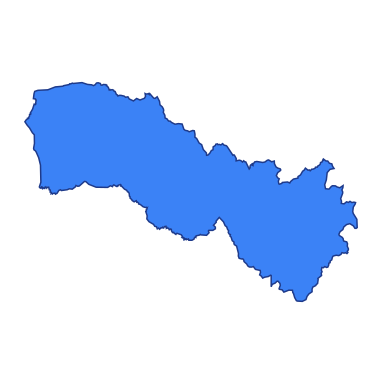 Tha Chang, Surat Thani, Thailand, rotated 177°
{"feature_id": "78962969B72176569689824", "entity_name": "Tha Chang", "entity_type": "district", "adm_level": 2, "iso_a3": "THA", "parent_name": "Thailand", "parent_adm1": "Surat Thani", "projection": "natural_earth1", "projection_center": [98.956, 9.358], "detail": "fine", "context": "isolated", "style": "filled", "palette": "blue", "viewbox_px": 384, "rotation_deg": 177, "n_neighbors": 0, "source": "geoboundaries", "source_scale": "gbopen_adm2", "svg_char_len": 6013}
<svg xmlns="http://www.w3.org/2000/svg" viewBox="0 0 384 384"><g transform="rotate(177 192 192)"><path d="M117.9,93.2L116.7,95.6L113.7,96.7L111.8,98.4L110.8,98.4L109.0,96.2L108.7,94.2L110.1,90.9L109.9,90.3L107.1,89.6L105.5,87.2L100.4,88.9L96.8,88.6L96.6,86.3L96.0,85.4L95.0,81.2L93.5,78.1L92.7,77.6L87.6,77.0L83.8,78.6L82.6,81.7L80.6,84.1L77.3,86.1L77.2,88.6L76.4,90.7L73.3,92.1L72.7,93.1L71.4,94.0L70.6,98.0L70.8,99.1L67.0,101.8L67.2,104.3L66.3,105.5L66.9,107.2L66.3,109.8L64.7,109.5L63.3,110.6L61.6,109.6L60.3,109.9L59.3,111.9L59.1,113.7L57.8,114.2L57.6,115.9L56.0,116.9L55.2,119.6L54.3,120.7L51.3,121.3L48.7,120.8L46.5,121.9L45.4,123.6L43.4,123.0L41.8,123.3L40.5,122.4L39.5,123.4L40.1,124.6L38.9,126.0L38.8,127.1L39.8,129.8L39.4,132.2L40.1,134.1L42.9,135.0L43.4,136.0L43.4,137.2L44.2,138.7L47.2,140.9L47.5,142.2L46.2,144.6L43.3,146.6L42.3,149.1L39.3,151.4L36.0,152.1L32.6,149.7L31.2,147.2L30.0,147.1L28.9,147.8L28.8,156.1L32.1,162.1L32.5,164.1L31.7,168.5L29.7,171.4L29.2,172.9L30.8,173.4L32.9,173.1L34.7,174.4L36.3,173.4L38.2,174.1L40.8,172.2L43.5,172.8L43.2,175.1L43.9,177.5L41.6,182.9L41.5,184.2L42.2,186.2L41.1,188.4L40.8,190.5L44.2,188.5L46.8,189.4L48.4,190.6L51.3,190.9L52.4,190.4L55.1,187.7L58.5,188.3L59.1,192.3L57.2,197.1L56.0,204.3L53.0,207.4L48.9,208.0L50.3,210.4L50.9,212.8L53.3,213.5L54.8,215.8L56.6,216.0L59.1,218.1L59.7,217.1L59.5,216.6L59.9,216.5L60.7,215.1L62.1,214.7L62.4,213.3L63.2,212.3L65.1,211.3L65.5,210.3L67.4,210.3L67.8,209.3L70.1,208.4L71.1,208.6L72.9,207.0L73.7,207.9L75.0,207.7L77.5,209.9L79.0,207.8L80.4,207.0L82.8,203.3L85.3,201.9L85.5,200.3L90.0,199.6L93.0,197.3L93.9,195.9L96.1,197.0L101.3,196.8L101.9,195.9L104.4,195.2L104.9,195.7L105.2,198.4L104.2,200.6L105.7,201.7L106.9,203.9L105.4,206.9L102.4,208.9L102.3,209.8L102.7,210.5L105.1,211.4L106.8,212.7L108.2,216.0L108.2,218.6L110.9,218.0L113.8,220.0L115.1,219.8L117.7,218.1L119.9,217.8L125.7,219.1L127.8,218.8L128.7,217.6L130.6,217.0L130.7,216.4L129.6,216.0L129.7,215.2L131.3,216.1L132.1,215.9L132.7,214.6L132.7,213.2L133.7,212.0L136.7,219.2L137.9,219.5L138.7,220.5L140.0,219.3L141.6,220.8L143.1,221.3L146.3,220.8L146.1,223.2L147.8,226.7L148.4,226.9L149.2,226.5L154.6,235.7L155.4,236.5L157.5,237.1L158.9,238.7L160.7,237.5L162.3,238.1L163.6,237.9L164.1,238.7L165.7,238.5L166.3,237.2L168.5,236.0L168.8,233.1L170.5,232.4L172.2,229.8L174.2,228.0L175.5,227.9L175.6,230.3L178.5,233.8L179.9,238.8L182.3,240.5L184.6,245.3L186.2,246.5L186.0,249.6L186.5,253.0L188.0,253.4L191.7,252.3L193.1,253.3L195.5,253.9L196.8,255.0L198.3,260.4L202.0,261.0L205.4,260.6L208.9,262.6L209.9,263.8L211.8,264.2L213.2,266.4L215.0,267.3L215.1,270.1L216.5,273.0L216.0,275.1L216.2,276.4L217.2,278.5L219.4,280.7L219.7,284.3L221.8,288.9L224.0,287.4L225.4,287.8L229.2,292.7L229.7,292.7L229.8,291.7L230.5,292.4L232.6,292.2L233.7,292.8L233.4,290.0L234.6,288.1L239.1,286.6L242.4,288.3L245.7,286.0L249.8,288.2L251.0,290.4L253.4,290.1L254.7,291.3L257.8,292.2L259.6,292.3L261.0,291.8L261.5,292.9L262.4,293.4L263.5,296.4L264.5,296.7L265.0,297.8L266.4,298.4L268.2,298.1L268.5,298.6L269.3,298.2L270.1,300.9L271.5,302.5L271.5,302.9L272.0,302.8L272.2,303.7L274.9,304.0L276.2,303.4L277.2,303.5L277.9,305.2L280.0,306.0L281.7,305.8L283.1,304.2L284.8,303.4L286.6,304.3L290.7,304.9L296.1,307.0L304.9,306.6L305.8,307.0L307.5,306.3L308.4,306.5L309.2,305.7L314.7,304.9L315.4,304.4L323.0,304.1L330.6,301.6L340.6,301.6L343.8,300.7L344.6,298.5L345.5,293.5L343.5,293.1L343.4,292.2L342.8,291.9L343.5,288.9L343.3,288.2L343.9,287.5L345.0,288.0L346.9,283.0L349.3,279.4L348.9,278.7L349.1,278.1L349.6,278.3L350.2,277.8L350.3,276.2L351.3,275.0L351.3,274.2L352.3,274.2L352.2,273.6L353.5,273.1L355.2,270.9L353.0,267.2L350.9,264.5L348.3,259.5L346.5,257.4L346.8,248.7L347.9,243.9L347.6,242.4L346.2,241.3L345.4,239.8L343.3,234.2L341.9,226.8L342.4,209.7L344.2,205.0L343.3,203.8L342.6,204.0L341.9,205.0L341.3,204.7L341.4,203.3L341.0,203.0L340.1,203.9L339.0,203.3L338.7,204.3L338.0,204.0L337.7,204.6L336.9,203.5L336.6,204.2L334.9,204.3L334.4,201.7L333.9,201.8L333.4,201.2L333.7,199.4L332.5,199.0L332.8,197.7L332.3,197.9L331.5,197.4L331.4,197.8L328.9,198.0L328.5,197.0L326.9,197.7L324.8,200.6L323.2,201.1L322.4,200.3L316.5,200.8L314.4,201.6L311.4,201.1L308.1,203.3L307.5,204.6L305.8,203.7L304.2,203.9L298.8,208.2L297.4,207.9L294.7,205.1L287.5,201.8L276.0,201.0L273.2,202.5L271.1,201.5L270.6,202.6L269.7,203.2L267.1,201.5L266.1,202.2L265.8,201.7L265.0,202.7L263.0,203.2L262.5,202.6L262.9,201.7L261.9,201.4L259.3,198.4L257.1,197.1L256.4,195.6L255.8,195.5L254.8,194.0L254.7,191.1L254.0,190.3L254.2,189.2L252.5,187.5L252.3,186.7L250.3,185.2L248.1,186.2L247.7,184.7L247.2,184.9L245.9,183.7L245.9,182.8L244.2,182.2L241.6,179.8L239.1,178.9L238.4,179.1L237.9,178.2L237.6,178.4L238.1,176.9L238.7,176.5L238.6,175.4L239.2,175.0L238.0,170.6L238.5,167.5L236.5,164.6L232.1,161.7L231.0,159.7L229.3,159.2L228.6,157.0L227.2,157.7L226.3,156.5L224.8,157.9L224.1,157.7L223.3,158.3L223.0,157.7L222.2,157.5L221.4,158.9L219.8,159.1L219.8,158.1L219.1,158.0L219.4,157.0L218.3,157.3L217.3,156.9L216.7,155.5L215.5,156.2L214.6,155.8L214.6,154.5L213.6,152.5L212.4,152.7L212.2,152.0L210.3,150.5L209.7,151.4L209.0,151.5L204.9,149.8L204.1,148.5L204.0,147.3L204.4,147.2L204.0,146.7L203.1,147.1L201.7,146.0L202.6,145.6L202.5,144.6L200.3,145.5L200.1,144.7L198.0,145.3L197.7,144.0L194.6,143.8L192.5,144.8L192.1,145.9L190.9,147.1L190.5,146.6L190.1,148.0L186.7,148.6L186.0,149.2L185.4,148.7L179.7,148.0L177.1,150.4L177.7,152.2L177.2,152.8L173.2,152.6L170.6,154.0L170.5,155.7L172.3,157.7L169.4,160.5L169.5,161.6L166.1,165.2L162.1,160.5L160.7,156.7L159.2,155.4L158.4,152.7L157.5,151.5L157.9,149.6L157.0,148.0L155.9,147.5L156.4,146.1L155.3,144.9L154.4,141.3L152.7,139.8L152.8,138.1L152.4,137.2L150.3,135.7L148.8,128.2L149.1,125.6L148.4,123.3L145.9,122.5L144.8,122.6L143.8,121.2L143.7,119.8L141.1,117.2L140.2,115.3L138.7,114.1L136.4,113.9L134.6,114.3L132.7,111.4L128.0,110.1L127.8,108.1L128.8,105.7L127.3,104.5L125.9,102.3L124.0,103.1L120.2,103.6L118.0,104.8L117.3,104.5L117.9,93.2Z" fill="#3b82f6" stroke="#1e3a8a" stroke-width="1.5"/></g></svg>